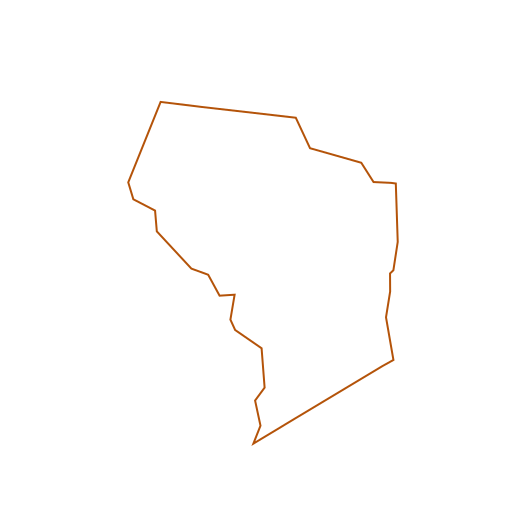 outline of Barrow, Georgia, United States of America, rotated 220°
{"feature_id": "52423323B78552239395021", "entity_name": "Barrow", "entity_type": "district", "adm_level": 2, "iso_a3": "USA", "parent_name": "United States of America", "parent_adm1": "Georgia", "projection": "orthographic", "projection_center": [-83.722, 34.011], "detail": "fine", "context": "isolated", "style": "outline", "palette": "amber", "viewbox_px": 512, "rotation_deg": 220, "n_neighbors": 0, "source": "geoboundaries", "source_scale": "gbopen_adm2", "svg_char_len": 560}
<svg xmlns="http://www.w3.org/2000/svg" viewBox="0 0 512 512"><g transform="rotate(220 256 256)"><path d="M314.4,387.5L393.5,335.2L397.7,332.5L428.1,312.7L401.2,230.3L386.4,220.6L362.5,225.9L347.8,211.1L297.4,204.8L280.6,210.9L258.4,202.2L247.5,212.6L234.7,190.8L224.4,185.9L192.4,188.9L164.8,160.7L163.8,144.7L143.5,128.9L137.4,110.6L121.5,157.0L88.3,253.2L83.9,264.7L117.0,292.6L130.4,315.0L142.1,328.8L141.6,333.4L156.5,357.9L195.5,401.4L199.6,398.8L213.5,388.2L235.3,395.1L283.9,373.3L314.4,387.5Z" fill="none" stroke="#b45309" stroke-width="2"/></g></svg>